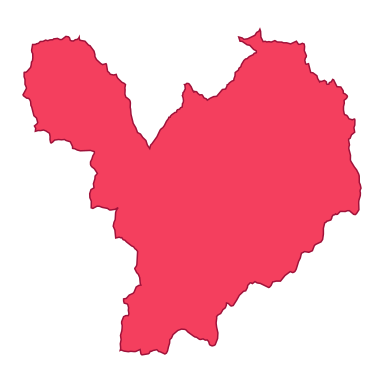 outline of Otuzco, La Libertad, Peru
{"feature_id": "86281439B7526528114387", "entity_name": "Otuzco", "entity_type": "district", "adm_level": 2, "iso_a3": "PER", "parent_name": "Peru", "parent_adm1": "La Libertad", "projection": "equal_earth", "projection_center": [-78.593, -7.861], "detail": "fine", "context": "isolated", "style": "filled", "palette": "rose", "viewbox_px": 384, "rotation_deg": 0, "n_neighbors": 0, "source": "geoboundaries", "source_scale": "gbopen_adm2", "svg_char_len": 5832}
<svg xmlns="http://www.w3.org/2000/svg" viewBox="0 0 384 384"><path d="M72.6,148.4L74.9,148.8L77.2,150.0L80.3,150.8L90.4,150.4L94.3,151.6L94.4,153.2L92.8,155.9L91.9,159.0L90.5,161.9L90.5,164.3L90.8,165.4L91.7,166.7L94.4,168.8L97.4,173.4L95.1,176.1L94.9,178.9L93.4,183.8L94.0,187.8L91.0,189.6L89.7,193.7L89.9,197.7L91.3,201.2L91.2,207.8L92.9,208.4L97.0,206.2L99.5,206.3L102.3,207.4L107.5,208.4L109.5,209.9L110.7,210.0L115.2,209.3L118.1,207.6L116.2,210.7L115.6,212.6L115.2,219.6L114.0,222.3L113.2,226.2L114.9,230.1L115.7,238.0L119.2,237.2L120.8,237.8L121.7,237.6L123.2,239.7L124.9,240.2L126.5,241.9L131.6,245.9L133.6,246.8L135.1,248.9L136.1,249.5L137.6,251.4L136.9,264.4L136.4,266.1L134.8,268.3L134.8,268.8L136.7,272.6L138.4,274.4L139.7,277.6L140.3,283.7L140.9,285.1L138.8,285.4L136.2,287.0L134.1,292.1L133.1,293.3L129.2,295.1L126.3,298.4L123.6,298.9L123.6,301.1L124.2,303.1L127.1,303.9L127.8,304.7L128.6,307.7L128.3,310.2L128.9,313.8L128.3,315.6L125.8,315.6L123.6,316.7L121.7,321.5L121.6,323.2L122.2,325.4L122.1,328.1L121.8,330.9L120.5,335.4L121.1,339.7L120.3,343.8L120.7,348.5L120.2,350.4L121.1,350.0L124.1,351.1L128.3,351.7L130.8,351.3L134.2,351.6L135.7,351.5L140.1,349.5L140.9,353.8L141.6,354.7L142.3,354.8L148.3,353.8L149.2,353.2L150.3,351.3L151.5,351.3L153.0,350.5L156.8,349.7L158.8,351.6L160.0,351.7L164.9,354.0L166.4,353.1L167.5,351.0L168.5,346.7L169.6,343.1L169.8,339.6L171.5,338.0L173.0,334.6L177.9,330.4L181.5,329.1L184.9,329.4L186.1,330.0L187.8,331.9L193.4,336.0L195.0,337.0L196.5,337.2L199.4,339.3L200.5,339.5L203.1,338.9L205.2,340.1L207.3,340.0L208.7,341.7L209.4,344.2L210.1,345.1L212.1,345.9L213.9,345.5L215.2,344.7L217.6,338.5L217.9,332.9L216.6,327.1L216.1,323.0L216.7,318.1L216.6,316.5L218.2,314.8L220.7,313.5L222.9,309.7L225.3,307.8L226.3,305.3L226.5,303.0L228.4,303.5L230.5,305.7L231.4,306.0L233.2,305.5L236.5,300.4L239.4,295.2L243.5,291.3L245.7,290.8L247.4,287.5L247.7,285.4L250.1,282.9L250.9,282.8L252.4,283.6L255.0,281.6L257.1,282.9L260.3,283.4L268.7,287.5L269.5,287.2L271.1,285.4L272.6,282.0L276.3,281.1L280.5,281.1L285.0,275.5L290.2,271.6L292.8,272.6L294.2,272.0L295.1,271.2L296.2,269.2L298.6,261.4L300.3,258.0L301.4,253.3L304.6,251.6L308.9,252.3L312.4,250.7L314.3,245.7L315.5,244.5L321.0,241.9L322.6,239.5L323.4,234.1L323.4,228.2L324.7,222.9L325.9,222.3L326.7,221.3L330.8,220.0L331.8,218.0L332.0,216.6L333.2,215.0L334.8,214.7L335.5,213.9L336.3,214.4L337.5,214.3L340.3,211.4L345.3,211.5L347.4,210.7L349.4,210.7L353.6,214.3L355.2,214.6L356.4,213.7L358.9,209.8L358.7,202.3L358.9,200.4L360.3,195.5L360.4,192.8L360.0,191.2L360.2,190.0L361.0,188.2L360.3,184.9L359.3,182.5L359.2,176.0L358.7,174.1L356.6,169.9L354.3,166.9L350.7,161.0L350.4,159.7L350.5,155.3L348.8,148.7L348.9,146.8L349.5,145.0L348.6,140.3L348.7,139.1L350.1,138.3L351.5,134.8L354.7,132.2L353.9,127.7L354.8,125.1L354.9,120.1L354.7,119.2L354.3,119.0L352.3,119.8L349.0,118.8L347.5,116.2L346.6,115.3L344.6,114.6L344.1,113.3L343.5,110.2L343.5,106.6L344.3,103.2L344.1,100.3L346.4,98.5L347.4,96.7L347.1,95.6L345.1,93.9L343.4,93.2L343.1,90.6L340.8,87.0L337.0,86.7L333.6,79.8L332.7,79.4L331.3,81.8L329.4,82.6L328.8,84.2L327.0,84.3L326.5,83.5L326.4,81.9L324.4,80.4L321.8,81.4L320.4,81.3L319.7,82.0L317.7,78.6L316.9,75.7L312.9,72.8L310.7,72.5L308.5,63.7L306.3,64.3L305.6,63.7L304.8,60.3L305.5,57.8L306.2,57.0L306.4,55.7L304.3,50.7L304.6,46.6L304.2,44.1L302.4,43.3L300.1,44.3L298.5,44.3L296.4,41.2L290.6,43.9L286.7,42.8L283.5,42.8L281.8,42.1L277.3,42.0L274.9,40.6L271.2,42.1L268.9,41.6L266.8,42.0L265.3,41.3L263.1,41.6L260.9,37.1L260.6,31.3L259.9,29.2L258.9,31.2L256.6,32.5L254.9,35.3L247.6,38.8L243.9,39.3L242.1,37.9L238.7,37.0L240.0,41.2L242.2,41.4L247.1,44.8L249.8,45.3L253.7,49.5L256.2,50.8L256.4,52.3L256.2,52.8L254.3,53.2L253.1,54.7L249.2,56.6L247.2,58.6L245.5,59.0L243.9,60.5L241.5,64.5L240.8,66.8L239.0,68.2L238.4,70.1L235.2,72.5L235.0,75.9L234.0,78.7L233.7,80.4L231.5,81.3L229.1,83.2L228.4,84.4L227.2,84.7L226.9,86.2L225.6,89.0L222.4,89.5L216.7,96.3L213.6,96.6L210.0,98.3L207.3,100.2L206.4,98.9L204.0,97.9L202.3,95.0L201.0,94.7L199.8,95.0L197.8,93.4L197.1,92.2L195.9,91.5L194.0,92.0L194.1,91.3L193.0,91.0L191.1,86.7L189.2,84.0L188.0,83.4L186.7,83.4L185.5,84.5L184.5,84.6L184.9,85.3L185.3,88.9L184.3,90.7L184.2,91.4L183.0,92.7L182.8,94.9L182.3,95.5L183.1,97.8L183.5,100.7L183.2,102.6L182.5,103.5L182.2,107.0L180.6,107.7L179.5,109.2L177.6,109.7L176.9,110.4L176.6,111.9L175.9,112.4L175.1,112.4L171.8,114.7L170.4,116.2L170.1,117.2L168.8,117.3L168.5,118.5L166.5,121.2L164.3,125.7L162.7,127.8L161.3,128.7L160.1,130.1L157.0,136.7L152.0,143.7L150.6,145.1L149.7,148.5L147.4,145.1L145.9,140.5L142.7,137.4L140.5,134.1L137.5,132.5L135.8,127.8L133.2,123.4L131.0,114.4L130.6,109.2L130.2,107.3L130.4,102.9L130.1,101.2L129.5,100.0L127.6,98.3L125.8,97.1L124.9,94.1L125.1,89.5L124.9,87.9L125.5,84.6L124.4,83.5L121.8,82.2L117.8,78.3L116.9,76.7L116.2,74.4L113.7,75.0L110.3,74.3L109.2,72.7L107.6,71.3L106.4,64.3L106.0,63.7L102.6,64.6L100.8,63.6L96.5,59.6L94.9,56.5L94.9,54.6L94.0,51.1L90.0,45.7L88.5,45.1L85.0,41.2L80.0,40.3L79.3,38.7L79.2,37.2L78.8,38.0L77.4,39.4L75.3,39.7L73.5,41.0L71.4,40.9L70.2,40.2L69.5,37.8L68.4,36.8L65.9,36.4L61.9,39.5L60.0,39.6L57.5,38.4L53.7,38.9L52.8,39.7L49.9,39.9L47.8,40.7L45.6,40.1L43.0,41.4L40.3,41.5L38.5,43.3L36.3,43.8L35.7,44.4L32.6,44.5L31.6,50.3L31.9,52.1L32.7,53.6L32.8,57.7L32.5,60.6L31.5,62.1L31.2,65.0L30.6,67.4L27.2,71.3L25.8,72.3L24.3,72.3L24.1,72.7L24.1,76.7L25.0,79.5L25.0,84.3L26.3,87.2L26.4,88.5L23.0,94.8L23.5,95.8L26.6,98.1L28.7,98.4L30.0,100.1L30.6,101.7L30.9,105.4L31.7,107.0L33.9,115.7L36.5,118.0L37.7,122.5L37.2,123.6L34.4,126.0L35.7,128.2L35.3,131.3L38.1,130.5L40.6,130.6L43.5,130.0L45.8,130.9L49.1,133.0L49.5,133.5L50.1,136.5L50.0,139.6L50.6,142.5L51.1,143.0L52.5,142.2L54.6,140.1L58.5,139.5L61.5,139.8L64.5,139.5L66.1,140.5L70.3,141.8L72.5,146.4L72.6,148.4Z" fill="#f43f5e" stroke="#9f1239" stroke-width="1.5"/></svg>